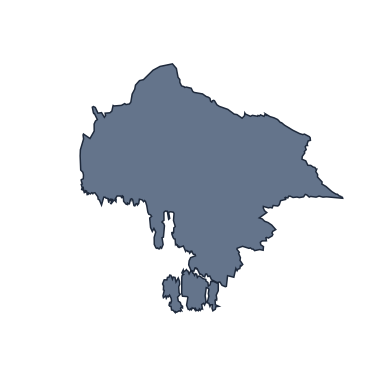 outline of Asker nor, Oslo, Norway, rotated 123°
{"feature_id": "86288312B86934644879837", "entity_name": "Asker nor", "entity_type": "district", "adm_level": 2, "iso_a3": "NOR", "parent_name": "Norway", "parent_adm1": "Oslo", "projection": "orthographic", "projection_center": [10.409, 59.839], "detail": "fine", "context": "isolated", "style": "filled", "palette": "slate", "viewbox_px": 384, "rotation_deg": 123, "n_neighbors": 0, "source": "geoboundaries", "source_scale": "gbopen_adm2", "svg_char_len": 6111}
<svg xmlns="http://www.w3.org/2000/svg" viewBox="0 0 384 384"><g transform="rotate(123 192 192)"><path d="M115.2,62.2L114.5,63.0L115.0,63.9L114.6,64.8L115.1,66.4L114.7,68.8L115.4,70.3L115.5,74.9L114.4,82.7L114.6,87.4L112.7,88.4L111.1,94.9L108.9,96.2L107.5,99.3L104.9,99.8L105.3,100.4L104.5,102.3L105.1,104.0L105.0,106.9L106.5,109.4L103.9,113.6L104.6,117.6L102.1,118.9L97.9,118.7L96.9,119.8L94.3,119.3L92.4,121.7L90.9,121.6L90.1,120.4L89.1,121.6L85.9,122.4L84.2,120.8L82.1,122.5L81.7,123.8L82.2,129.2L83.5,130.4L84.4,133.5L85.3,141.1L85.6,150.7L85.1,154.7L85.6,155.6L84.6,159.7L85.1,163.5L86.3,167.7L86.5,173.1L87.2,171.9L87.5,173.0L89.4,172.8L90.0,176.6L91.4,176.8L91.9,178.4L92.8,178.2L94.8,183.1L96.7,184.2L97.5,189.7L97.0,190.7L99.4,189.5L102.8,190.2L102.6,196.5L103.7,199.0L103.2,207.0L105.3,215.7L105.3,218.6L103.3,222.7L103.3,223.7L104.4,224.6L105.8,224.4L105.8,225.8L103.7,227.9L103.6,229.8L104.2,232.2L104.0,236.6L107.3,244.4L107.3,246.1L105.4,249.2L107.1,253.9L108.3,255.1L108.0,256.0L108.7,258.6L106.7,261.9L104.4,263.4L103.4,266.2L96.9,272.4L95.2,278.2L104.1,287.2L111.1,291.0L124.2,293.9L127.2,296.7L133.1,297.6L137.0,296.0L142.5,295.5L149.8,292.3L152.2,292.4L154.6,295.0L154.5,296.6L157.8,298.4L162.2,304.1L162.4,305.3L167.8,303.3L170.3,304.0L173.2,307.8L175.0,306.1L177.1,306.2L174.7,311.1L177.1,313.8L173.8,319.1L174.0,321.2L175.2,321.8L179.2,317.9L179.7,317.1L179.3,316.7L182.8,310.8L185.0,311.6L188.3,311.1L194.2,307.2L202.7,306.7L202.5,314.6L203.5,314.4L206.6,311.8L217.4,308.6L222.6,305.5L234.2,297.3L234.9,294.3L236.8,292.3L240.1,290.4L242.0,291.6L242.7,291.2L245.0,288.4L246.0,289.0L249.3,285.1L246.8,286.2L249.4,284.1L249.4,286.1L250.0,285.9L249.6,283.8L251.2,282.0L250.4,281.4L248.9,282.2L248.6,280.9L251.3,278.5L250.6,277.8L249.2,278.4L249.0,276.2L247.2,275.7L247.1,274.7L248.0,273.9L246.9,274.5L245.5,273.1L247.2,268.5L249.2,266.7L249.1,265.3L252.2,260.8L244.4,263.2L243.7,261.9L244.0,261.0L243.3,259.0L246.3,255.9L243.4,257.3L243.6,255.6L242.2,256.2L241.6,254.7L245.4,253.7L246.1,254.6L245.8,253.4L241.3,253.0L241.0,252.3L241.5,250.5L239.4,251.7L239.7,252.3L239.3,252.7L236.1,252.6L234.1,249.4L235.1,248.0L234.8,247.6L233.2,248.2L233.3,247.1L237.1,244.2L238.1,240.7L237.7,239.3L236.4,240.1L236.4,238.3L235.9,238.1L232.9,239.2L232.5,238.5L231.6,239.6L230.5,238.9L230.8,237.6L235.0,233.3L234.8,232.4L232.2,232.5L231.6,231.8L232.6,230.7L230.7,230.4L226.7,232.2L225.8,229.6L226.5,227.3L225.0,227.1L225.4,225.7L228.1,222.5L233.0,218.0L234.2,216.0L233.7,214.4L234.4,212.6L236.9,213.3L244.4,207.4L246.7,203.8L243.3,204.1L245.3,200.6L250.7,199.0L256.5,195.1L258.5,191.8L258.4,190.8L257.6,190.3L257.9,189.3L257.3,188.2L255.4,188.5L255.7,186.9L251.8,187.6L246.7,192.2L245.4,191.4L235.3,196.7L233.8,198.7L233.8,200.5L233.3,200.9L231.0,200.1L224.4,204.5L222.5,204.0L221.6,202.2L227.6,196.7L226.3,196.3L221.8,200.6L220.2,199.2L219.2,196.8L219.7,195.4L226.0,192.0L230.1,187.2L232.0,187.7L236.1,185.3L237.3,185.6L236.7,186.5L237.0,186.8L238.3,185.9L240.5,183.0L241.1,181.4L240.7,180.5L244.8,177.4L244.2,177.4L244.9,176.0L244.4,175.6L245.6,174.2L245.6,172.9L244.8,173.2L245.1,172.3L242.0,169.8L245.3,165.0L244.2,165.0L243.8,164.2L244.2,163.2L243.5,162.4L244.6,160.6L242.0,160.6L241.8,159.8L242.5,159.7L242.3,159.2L243.5,156.9L242.7,155.5L243.6,154.3L247.8,157.4L251.3,156.9L254.9,155.1L258.4,150.1L257.4,147.3L254.1,148.2L253.4,147.5L254.2,146.5L253.5,145.9L256.7,140.6L256.2,140.5L256.1,138.2L256.7,136.8L256.3,135.1L253.5,135.9L252.7,135.0L254.2,132.6L252.8,131.3L254.9,127.9L254.3,121.7L252.3,119.6L253.9,116.0L253.3,112.5L252.4,111.8L242.8,116.6L240.7,110.5L232.2,113.6L233.5,111.3L231.6,111.4L230.2,110.2L227.3,111.3L227.2,110.4L225.1,110.0L223.2,114.5L220.7,115.6L218.2,119.4L216.8,119.5L215.6,123.1L214.6,123.5L210.0,120.0L208.2,113.5L207.0,112.5L207.3,111.0L206.6,109.3L207.1,107.6L203.4,103.9L202.1,100.6L198.9,102.3L198.8,105.6L197.0,107.3L194.8,106.5L192.4,103.0L190.1,105.1L189.4,104.6L189.0,102.8L185.2,100.9L183.5,101.1L182.9,102.6L181.1,102.9L177.9,101.3L176.3,107.2L176.2,111.6L177.0,115.2L176.3,118.4L177.1,121.5L168.5,118.1L168.2,121.0L166.7,123.4L165.2,124.3L163.7,119.2L162.4,118.0L161.7,116.1L159.1,116.6L157.0,112.4L155.1,111.9L151.0,113.0L147.2,109.4L146.4,109.8L146.3,110.9L145.6,110.7L144.8,108.4L142.9,108.7L142.0,107.4L141.6,104.3L139.0,101.2L138.3,99.0L135.3,95.8L132.3,95.7L131.9,94.3L132.4,90.9L131.1,90.1L128.7,85.1L126.2,83.2L125.0,79.4L122.8,76.6L115.2,62.2ZM275.2,109.5L273.3,107.3L273.8,111.0L270.2,113.7L269.1,113.3L269.2,112.5L268.2,112.9L265.3,115.5L260.5,116.2L254.6,120.0L255.2,125.0L256.7,127.5L260.0,126.3L262.0,127.1L259.3,129.3L259.0,132.0L257.8,132.8L258.7,135.7L258.3,139.3L259.1,140.8L260.7,141.0L258.5,143.3L258.5,144.4L260.6,144.5L259.2,146.4L259.6,147.1L258.8,148.2L258.9,149.4L259.2,150.1L262.3,149.8L260.5,152.4L260.7,153.6L260.1,154.3L263.6,155.4L262.1,156.9L265.2,156.5L265.9,155.4L265.7,154.2L267.5,154.8L269.1,154.1L282.7,145.4L284.6,143.2L282.4,139.2L282.5,138.1L289.9,134.9L292.5,131.2L291.8,130.2L292.1,129.6L290.7,129.5L291.0,128.4L289.1,128.8L289.3,127.9L288.3,127.1L289.4,124.9L288.0,125.4L288.9,123.5L287.9,122.6L288.0,121.9L286.6,122.1L286.7,121.1L286.1,121.6L286.3,120.6L284.5,120.3L284.4,119.5L281.1,122.6L279.1,121.7L279.9,119.9L276.1,120.7L272.0,124.4L264.4,128.0L264.0,126.4L264.3,124.8L268.3,123.0L270.2,121.1L276.7,119.0L276.1,117.3L278.2,114.6L276.4,114.9L275.4,113.5L278.5,112.0L280.3,109.8L277.6,108.6L275.2,109.5ZM297.2,136.2L295.8,138.3L294.6,138.3L294.4,136.8L293.0,137.7L292.8,139.6L291.0,141.6L291.0,144.0L288.1,146.8L284.2,146.2L283.6,147.9L278.8,151.5L276.0,152.1L273.7,153.9L271.6,156.7L276.2,156.4L272.9,159.7L273.6,161.5L275.8,160.9L273.4,164.3L273.8,165.4L276.1,164.9L277.0,166.1L279.4,165.2L280.8,167.5L285.2,166.6L286.2,164.7L289.7,162.7L289.6,161.7L294.9,159.8L296.2,158.4L293.4,157.5L295.1,155.7L292.6,155.8L292.2,155.3L292.5,154.6L290.7,154.6L292.6,151.5L294.6,149.8L296.6,149.3L296.1,150.0L296.8,150.6L299.5,149.6L299.9,148.4L299.4,147.3L302.1,144.9L301.5,143.3L302.3,140.4L301.3,140.7L301.2,139.4L298.6,138.1L298.5,136.9L297.3,137.1L297.2,136.2Z" fill="#64748b" stroke="#1e293b" stroke-width="1.5"/></g></svg>